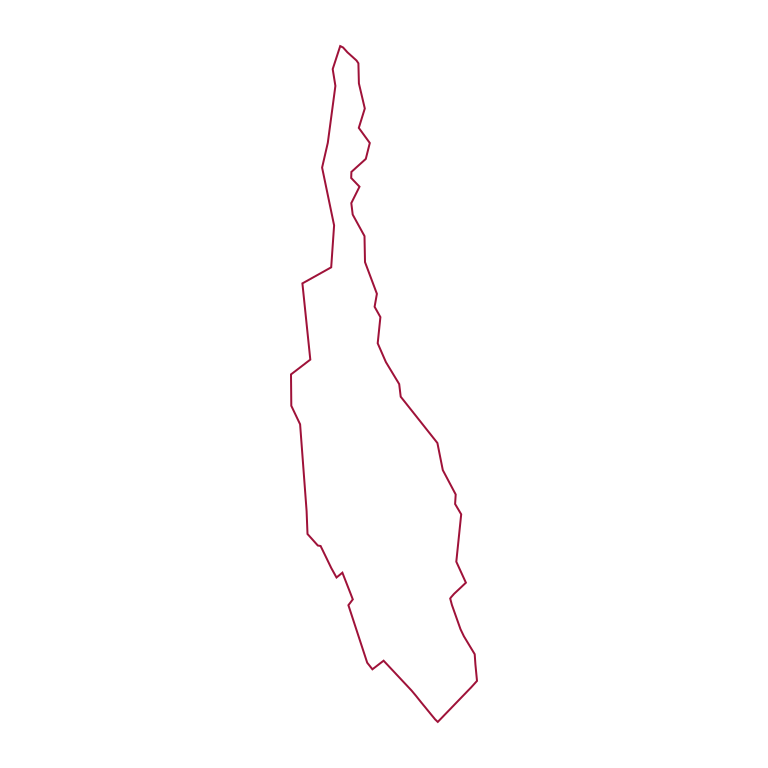 Halfa Aj Jadeedah, Kassala, Sudan (Equal Earth projection)
{"feature_id": "16777658B66580925278761", "entity_name": "Halfa Aj Jadeedah", "entity_type": "district", "adm_level": 2, "iso_a3": "SDN", "parent_name": "Sudan", "parent_adm1": "Kassala", "projection": "equal_earth", "projection_center": [35.632, 15.558], "detail": "fine", "context": "isolated", "style": "outline", "palette": "rose", "viewbox_px": 768, "rotation_deg": 0, "n_neighbors": 0, "source": "geoboundaries", "source_scale": "gbopen_adm2", "svg_char_len": 1079}
<svg xmlns="http://www.w3.org/2000/svg" viewBox="0 0 768 768"><path d="M465.9,582.7L456.3,561.7L461.2,514.3L455.1,504.0L455.7,494.5L442.8,470.1L437.4,443.0L426.7,429.5L400.7,396.7L399.2,384.1L385.9,362.1L377.7,343.3L380.4,317.1L374.6,306.8L376.9,293.8L365.0,262.1L364.5,236.1L352.7,214.6L351.3,203.1L359.5,186.7L351.2,178.0L351.4,171.9L365.8,158.9L369.8,143.0L358.8,127.9L364.8,108.5L358.9,83.4L358.4,63.3L356.5,60.5L347.4,52.3L343.1,47.5L340.2,46.1L332.7,69.1L335.4,85.9L327.8,142.8L322.1,167.6L334.1,225.4L331.2,267.3L302.4,283.4L310.3,359.6L291.0,374.4L291.3,405.8L300.1,424.3L306.6,511.1L307.5,534.0L317.8,545.5L320.6,546.0L326.0,557.1L331.2,567.9L336.5,577.5L342.4,572.7L350.8,594.2L352.8,599.4L348.4,605.2L367.2,662.7L372.4,669.3L383.6,660.7L411.6,690.6L416.2,696.1L418.1,698.5L421.3,702.5L428.5,711.3L431.2,714.6L434.9,719.1L435.0,719.3L435.8,720.0L437.3,721.5L437.7,721.8L437.8,721.9L471.5,687.0L477.0,680.9L475.4,664.3L474.7,654.2L463.9,636.3L460.5,629.2L451.9,604.9L450.2,598.5L451.2,597.1L454.1,593.8L465.9,582.7Z" fill="none" stroke="#9f1239" stroke-width="2"/></svg>